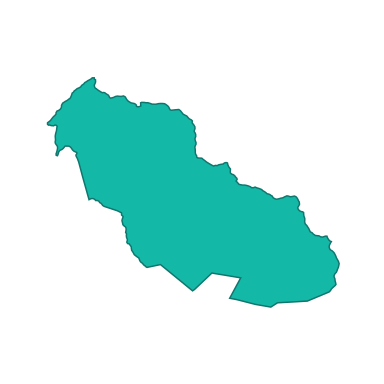 the district of Iaçu, Bahia, Brazil, rotated 72°
{"feature_id": "56859067B4300618576935", "entity_name": "Iaçu", "entity_type": "district", "adm_level": 2, "iso_a3": "BRA", "parent_name": "Brazil", "parent_adm1": "Bahia", "projection": "orthographic", "projection_center": [-40.195, -12.802], "detail": "fine", "context": "isolated", "style": "filled", "palette": "teal", "viewbox_px": 384, "rotation_deg": 72, "n_neighbors": 0, "source": "geoboundaries", "source_scale": "gbopen_adm2", "svg_char_len": 4871}
<svg xmlns="http://www.w3.org/2000/svg" viewBox="0 0 384 384"><g transform="rotate(72 192 192)"><path d="M55.4,249.1L54.5,250.0L53.2,249.7L52.6,251.6L53.3,253.1L53.7,255.2L53.9,256.6L54.5,258.5L54.8,260.1L55.6,261.3L56.1,262.4L56.5,264.0L57.6,265.3L58.0,267.0L58.2,269.3L59.0,271.2L59.5,272.9L60.4,273.8L60.9,275.4L62.2,276.3L63.4,277.2L64.7,278.4L65.4,279.4L65.6,280.6L66.1,281.7L66.5,283.1L66.6,284.3L67.1,285.9L67.5,287.5L69.2,289.3L70.7,289.8L71.6,290.5L72.5,291.5L73.2,293.6L73.3,295.4L74.6,296.8L75.8,297.2L76.8,298.7L77.5,300.4L78.2,301.5L79.2,303.0L80.3,304.6L81.0,306.5L81.5,308.0L83.0,308.5L84.1,307.8L84.3,306.7L85.3,305.5L85.8,304.3L86.3,303.2L86.0,301.8L86.4,300.7L87.8,299.9L89.5,300.9L91.6,301.8L93.4,303.0L94.5,303.7L95.7,304.4L97.2,305.0L99.0,305.4L100.5,305.8L102.1,306.7L103.4,306.9L104.8,306.6L106.4,306.0L107.8,306.0L109.4,306.6L111.2,307.7L112.5,308.5L113.7,309.5L115.2,309.8L115.9,308.7L114.7,307.7L113.7,306.9L112.5,306.2L111.5,304.4L111.4,302.6L110.7,300.9L110.0,299.8L109.1,298.5L109.8,296.5L110.3,295.0L111.5,293.8L112.9,293.2L115.1,292.6L116.8,291.6L117.8,290.5L118.8,289.4L120.0,289.7L121.0,291.0L122.4,291.1L124.5,290.7L128.5,290.5L132.3,290.7L137.9,291.0L141.3,291.2L147.9,291.5L167.5,292.3L167.1,290.2L167.7,288.0L169.0,286.8L170.4,286.2L170.8,284.7L172.0,283.4L173.5,283.1L174.4,282.2L175.8,281.5L177.2,281.1L178.6,279.9L186.7,268.9L190.0,265.5L192.2,266.1L193.9,265.1L195.2,265.8L196.2,266.7L197.7,267.5L199.7,267.6L201.8,267.8L203.6,266.9L204.6,266.1L206.0,265.9L207.4,266.3L208.7,266.9L209.9,267.6L211.6,267.2L213.4,268.0L215.1,268.3L217.0,268.1L218.4,268.7L219.5,269.5L221.1,269.2L221.9,267.8L223.8,267.2L225.4,266.7L226.8,267.1L228.8,267.4L230.1,267.0L231.6,266.6L233.7,266.3L235.1,265.4L236.2,264.6L237.2,263.9L238.3,263.0L239.7,262.9L241.0,262.9L242.6,262.5L244.1,261.4L245.5,260.8L246.9,260.2L247.7,259.5L248.8,259.0L249.8,258.1L251.3,244.4L286.2,222.0L285.5,219.7L275.2,198.1L276.1,196.5L281.2,186.6L288.7,172.2L304.7,189.0L308.1,182.8L318.5,166.4L325.8,152.6L323.8,144.9L328.2,128.3L330.9,117.8L331.4,116.1L329.4,92.3L328.5,90.7L327.4,89.5L326.6,88.0L325.3,85.0L324.5,83.7L322.5,83.4L320.9,83.4L319.6,83.1L318.4,82.9L316.9,83.1L315.5,82.8L313.9,81.3L313.0,79.6L311.7,78.4L310.7,77.7L308.9,76.1L307.6,75.3L305.6,74.2L303.1,74.2L301.6,74.5L299.2,75.0L298.1,75.0L296.7,75.1L295.0,75.4L293.5,75.7L292.3,76.3L291.1,77.0L289.9,78.2L288.6,78.6L286.9,78.6L285.8,78.2L284.9,77.6L283.2,75.9L282.2,74.8L281.3,75.9L280.0,76.6L278.7,77.0L277.4,77.3L275.7,77.3L275.2,78.9L275.2,81.9L274.3,83.6L272.9,84.8L272.4,86.0L271.4,88.2L269.4,89.7L267.8,90.4L266.5,91.8L264.3,92.1L262.5,92.3L261.0,92.8L259.5,93.1L258.3,93.7L257.1,94.2L255.3,94.1L253.5,93.4L251.9,92.9L250.1,93.0L248.8,92.9L247.5,92.6L246.0,92.2L245.0,92.9L244.4,94.1L243.2,95.4L241.4,96.3L239.5,96.3L238.1,94.7L237.0,93.6L235.8,93.3L234.6,93.1L233.2,93.4L231.5,93.6L229.9,94.0L228.6,94.6L227.5,95.9L227.2,98.6L226.8,100.2L225.8,101.4L225.0,102.9L225.2,105.3L225.6,107.5L225.3,109.6L225.3,110.8L225.2,112.6L224.9,114.1L223.9,115.4L222.5,116.6L220.6,117.0L219.6,118.0L218.5,118.7L217.6,119.8L216.9,121.1L215.5,121.9L214.1,122.9L212.6,124.3L211.3,124.9L210.4,125.9L209.4,127.1L208.2,128.9L206.8,130.5L206.9,132.3L206.3,134.0L204.9,135.0L203.3,137.0L202.3,138.6L201.7,139.8L200.9,142.1L199.8,144.0L199.1,145.0L196.8,145.9L195.2,146.7L194.0,145.2L192.8,145.1L191.5,145.8L190.1,146.2L189.0,146.8L188.1,147.5L187.4,148.6L185.9,149.6L184.4,149.3L182.0,148.3L180.3,149.0L179.1,149.3L177.2,149.5L175.3,149.3L174.5,150.5L174.4,152.2L175.0,153.9L174.6,156.0L174.4,158.4L174.7,159.9L173.9,161.6L174.0,163.4L173.2,164.3L170.9,166.4L169.4,167.7L168.0,168.9L166.1,170.1L164.3,171.4L162.9,172.2L162.3,173.7L161.6,175.6L160.7,176.7L158.8,176.4L157.3,176.9L155.1,176.6L153.9,176.1L152.0,175.7L150.1,175.4L148.8,174.4L147.9,173.5L146.3,172.9L144.2,173.0L142.3,172.8L140.4,171.3L138.3,170.7L136.7,170.8L135.2,171.2L134.0,170.6L132.7,169.6L130.8,169.1L128.6,169.6L126.3,170.5L124.4,169.7L123.0,170.5L121.7,171.9L120.1,172.7L118.1,173.5L116.6,175.1L115.2,176.4L113.5,177.0L111.3,177.8L109.5,179.0L109.0,181.0L108.5,183.3L107.9,186.3L107.2,187.3L105.8,187.7L104.3,187.8L103.1,188.2L101.8,189.0L100.4,190.0L99.5,190.9L98.8,192.5L98.3,193.9L97.9,195.3L97.6,196.6L97.5,197.9L97.3,199.4L96.7,201.1L96.1,202.9L95.2,203.9L94.4,205.0L93.4,206.5L92.9,208.2L92.2,209.4L91.7,210.8L91.2,212.1L91.3,213.3L92.7,213.7L94.4,214.1L94.5,215.4L94.4,216.8L93.5,218.3L92.1,218.1L91.0,218.6L89.9,219.7L89.1,221.2L88.4,222.4L87.2,223.5L86.0,224.5L84.4,225.3L82.6,225.8L81.1,226.0L79.5,227.4L79.2,229.9L78.5,231.6L77.7,233.4L77.5,235.3L77.8,237.4L77.7,239.2L77.6,240.4L76.7,241.2L75.3,241.3L73.9,241.7L72.9,242.6L71.7,243.6L70.6,244.3L70.0,245.5L69.8,246.7L68.8,247.6L66.8,249.3L65.4,250.4L64.2,251.1L63.4,251.9L61.8,252.2L60.2,251.9L58.6,250.5L57.6,249.7L55.4,249.1Z" fill="#14b8a6" stroke="#0f766e" stroke-width="1.5"/></g></svg>